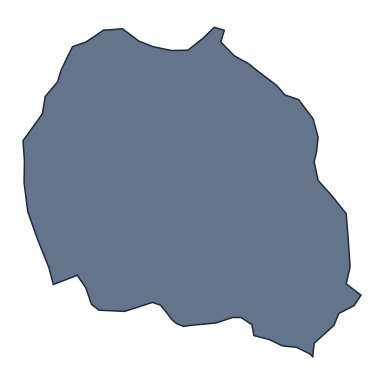 outline of Konia, Paphos, Cyprus
{"feature_id": "46923920B68856851559868", "entity_name": "Konia", "entity_type": "district", "adm_level": 2, "iso_a3": "CYP", "parent_name": "Cyprus", "parent_adm1": "Paphos", "projection": "mercator", "projection_center": [32.462, 34.78], "detail": "fine", "context": "isolated", "style": "filled", "palette": "slate", "viewbox_px": 384, "rotation_deg": 0, "n_neighbors": 0, "source": "geoboundaries", "source_scale": "gbopen_adm2", "svg_char_len": 976}
<svg xmlns="http://www.w3.org/2000/svg" viewBox="0 0 384 384"><path d="M53.2,284.5L77.6,275.2L78.5,277.1L85.9,288.0L91.5,304.4L99.0,310.2L112.3,310.8L124.7,311.4L152.5,302.4L160.5,305.2L165.8,311.6L172.1,320.0L177.1,323.9L183.5,326.4L193.7,325.0L207.0,323.9L215.9,323.0L232.5,317.5L241.1,317.5L251.9,324.7L253.9,335.6L269.1,339.5L282.4,345.9L296.5,347.3L309.8,353.9L312.7,356.7L314.2,343.2L333.9,325.4L338.8,313.5L354.1,305.6L355.5,303.5L361.0,295.2L346.2,283.8L350.1,267.0L348.2,238.8L346.2,213.6L331.4,195.2L318.1,180.4L314.2,162.1L316.6,151.2L318.1,137.3L313.2,119.0L298.7,99.7L284.8,94.9L276.6,85.4L257.4,70.8L248.9,63.9L234.4,55.9L220.8,42.0L224.3,30.3L214.3,27.3L202.6,38.6L187.9,50.2L171.3,50.5L152.7,46.6L138.9,41.1L122.5,28.8L103.4,30.2L86.2,41.9L72.6,46.6L66.3,59.1L61.0,70.6L57.7,81.7L45.2,96.5L42.4,113.7L36.9,121.5L23.0,140.7L24.4,160.2L24.1,183.0L27.8,211.7L37.2,238.4L48.9,267.6L53.2,284.1L53.2,284.5Z" fill="#64748b" stroke="#1e293b" stroke-width="1.5"/></svg>